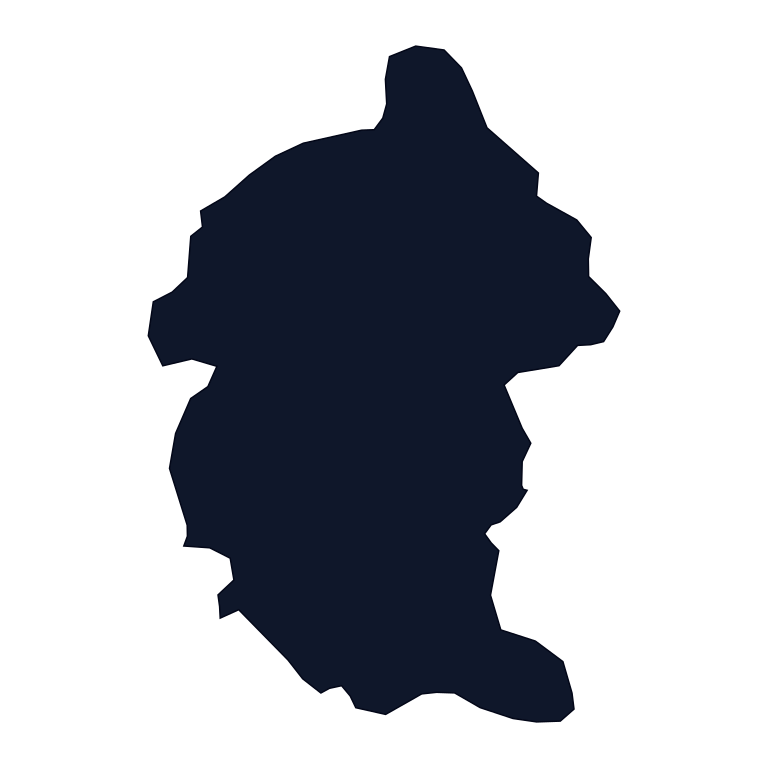 SVG path tracing the border of Kægalla
{"feature_id": "LKA-2469", "entity_name": "Kægalla", "entity_type": "District", "adm_level": 1, "iso_a3": "LKA", "parent_name": "Sri Lanka", "parent_adm1": "", "projection": "mercator", "projection_center": [80.358, 7.113], "detail": "fine", "context": "isolated", "style": "filled", "palette": "ink", "viewbox_px": 768, "rotation_deg": 0, "n_neighbors": 0, "source": "natural_earth", "source_scale": "10m", "svg_char_len": 1194}
<svg xmlns="http://www.w3.org/2000/svg" viewBox="0 0 768 768"><path d="M320.9,693.0L302.7,678.8L288.0,660.0L238.7,609.7L220.2,618.1L219.6,606.5L218.0,594.9L233.9,580.0L230.2,558.2L209.7,547.8L183.8,546.0L187.4,536.2L187.2,525.2L169.5,468.4L175.6,433.4L190.7,398.5L207.9,386.6L216.9,366.3L191.8,358.9L162.8,365.8L148.3,335.8L153.3,301.8L172.2,292.1L187.6,277.5L190.8,236.3L202.5,227.0L200.6,211.0L224.8,196.9L249.4,175.0L275.4,156.2L303.3,143.2L361.5,130.2L374.2,129.7L382.8,118.1L386.7,103.9L385.4,79.3L389.5,56.6L415.7,46.1L444.1,50.0L461.5,67.9L472.4,91.1L487.0,127.8L538.4,173.0L536.5,196.1L546.5,203.2L576.8,220.0L591.2,237.5L588.3,258.9L588.6,276.5L605.8,293.6L619.7,311.1L612.9,326.9L603.6,341.6L590.7,344.7L577.6,345.4L559.0,365.7L517.8,372.5L504.1,385.0L522.2,428.3L530.8,443.2L522.2,461.6L521.6,485.4L523.2,489.3L527.1,490.3L516.7,507.3L500.2,521.8L491.1,524.9L484.6,533.8L491.2,542.9L498.8,550.7L490.5,595.2L500.8,629.9L535.4,641.1L562.9,661.6L572.0,693.0L574.0,709.1L560.3,721.1L536.6,721.9L513.0,718.5L480.1,707.6L454.6,692.9L436.6,692.3L421.7,693.9L385.6,714.4L355.8,707.7L350.2,696.0L341.6,685.7L329.5,688.3L320.9,693.0Z" fill="#0f172a" stroke="#020617" stroke-width="1.5"/></svg>